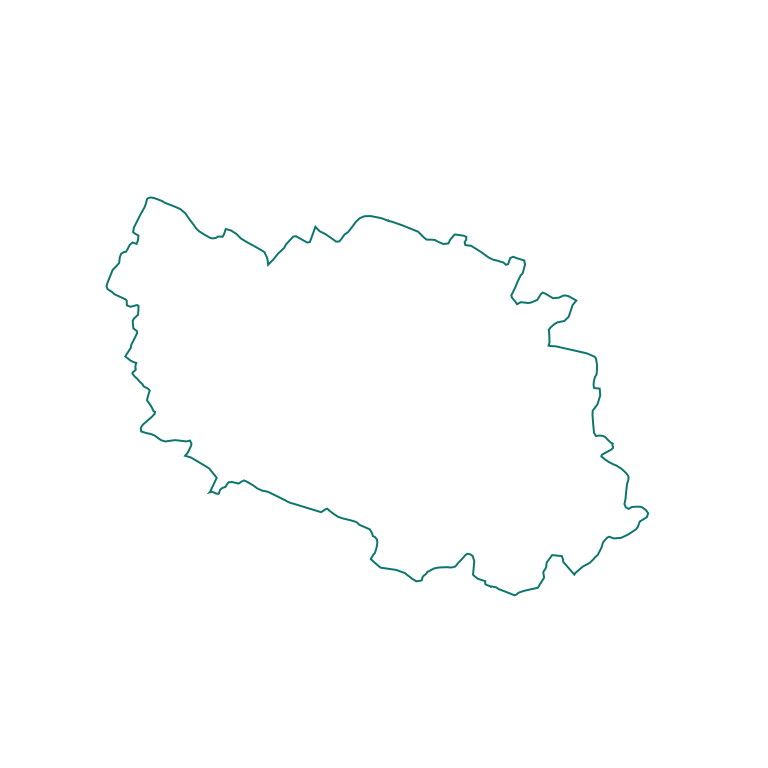 Al Ma'ra, Idlib, Syria (Natural Earth projection), rotated 24°
{"feature_id": "27442178B71280190344240", "entity_name": "Al Ma'ra", "entity_type": "district", "adm_level": 2, "iso_a3": "SYR", "parent_name": "Syria", "parent_adm1": "Idlib", "projection": "natural_earth1", "projection_center": [36.792, 35.566], "detail": "fine", "context": "isolated", "style": "outline", "palette": "teal", "viewbox_px": 768, "rotation_deg": 24, "n_neighbors": 0, "source": "geoboundaries", "source_scale": "gbopen_adm2", "svg_char_len": 6137}
<svg xmlns="http://www.w3.org/2000/svg" viewBox="0 0 768 768"><g transform="rotate(24 384 384)"><path d="M617.2,345.4L615.1,345.3L611.8,344.2L607.7,342.4L604.5,342.5L600.9,343.9L598.8,345.4L595.7,343.1L591.2,335.2L586.9,327.1L585.5,323.4L587.3,315.8L586.2,306.5L582.9,300.5L577.6,302.2L576.1,300.1L574.8,296.9L574.3,294.5L573.9,291.5L574.3,288.9L573.2,285.6L571.1,280.3L569.3,277.5L567.3,274.5L565.2,273.4L556.9,273.5L525.6,279.7L520.8,281.6L518.7,282.0L518.4,279.0L516.1,274.1L514.0,270.0L512.5,267.5L513.2,264.6L515.5,259.6L517.3,257.2L523.1,253.1L525.4,247.5L524.2,235.1L525.8,229.5L516.9,228.7L514.2,229.2L512.1,230.1L508.4,234.2L503.4,236.9L494.5,235.8L492.0,235.9L490.9,237.5L489.8,244.8L485.3,249.7L482.7,251.4L475.7,253.6L473.1,257.0L470.8,255.5L466.0,253.2L464.3,251.4L464.6,242.2L464.4,236.1L464.7,229.1L465.6,226.7L465.2,223.5L464.2,217.2L462.7,215.5L462.0,214.1L453.8,215.1L450.3,215.2L448.1,217.6L448.6,224.1L446.8,225.5L443.8,224.4L441.0,224.9L438.5,225.0L433.4,226.0L428.3,225.9L418.7,223.9L407.2,222.3L404.7,223.2L401.8,224.0L400.0,221.7L400.4,218.6L399.3,216.1L396.5,216.1L387.8,218.6L386.6,222.4L385.8,225.0L385.7,229.4L381.1,232.0L375.5,232.1L372.0,231.7L369.3,232.6L364.1,234.8L361.2,234.0L353.2,231.0L336.5,231.6L325.4,232.5L321.2,233.3L321.1,232.9L320.5,233.2L314.8,233.5L309.0,234.7L303.3,236.1L297.9,238.7L294.3,242.5L292.3,247.6L291.1,253.2L289.4,259.8L287.1,263.6L286.0,269.2L285.1,272.0L282.4,273.4L276.2,272.1L269.6,270.9L263.0,270.6L257.4,268.3L258.3,280.4L258.5,284.6L256.2,286.0L243.4,284.8L241.1,286.3L237.7,296.4L237.5,300.2L234.1,308.2L232.3,315.2L229.6,322.2L228.1,319.4L225.9,316.3L221.2,312.2L217.4,311.6L208.1,310.7L201.2,310.2L194.3,309.3L188.0,306.9L181.8,306.0L176.4,306.8L176.9,312.0L176.7,315.1L174.7,315.8L172.3,316.9L171.0,319.0L168.0,320.8L165.3,321.2L159.4,320.6L152.9,319.7L149.4,318.4L144.8,315.7L138.1,312.0L133.2,308.9L126.6,307.0L120.0,307.1L109.8,307.6L106.8,307.1L98.6,307.6L95.2,308.4L93.2,309.8L92.3,311.4L93.1,316.0L93.4,319.7L92.6,327.9L92.5,329.9L91.9,342.8L93.0,347.3L95.3,347.9L99.3,348.3L100.8,352.7L100.9,356.7L96.7,357.0L95.1,360.4L94.9,365.5L94.4,368.4L92.7,369.3L90.9,371.9L91.1,375.7L92.8,381.1L91.8,384.6L89.7,390.1L89.8,392.0L90.0,398.6L90.3,404.9L90.8,407.6L92.8,409.7L98.4,410.6L101.3,411.6L113.5,411.8L115.1,412.6L117.1,416.7L120.9,416.6L125.2,413.2L126.4,412.3L127.9,412.4L129.7,416.7L131.1,420.9L128.9,426.0L128.8,428.7L132.4,435.1L136.8,436.2L137.8,437.8L137.5,445.4L137.2,451.0L138.0,454.0L136.7,462.0L136.5,464.1L137.8,464.5L139.4,464.8L140.2,465.0L142.8,465.7L143.9,465.8L145.1,465.8L145.7,465.8L146.3,465.8L147.1,465.8L147.8,465.7L148.3,465.6L149.1,465.5L149.3,467.1L149.5,468.1L149.8,469.4L150.1,469.9L150.5,470.4L150.5,470.8L151.2,471.4L151.3,472.5L150.7,473.6L150.6,474.0L149.9,475.2L149.7,476.6L151.0,477.4L152.1,478.0L153.4,478.6L154.4,479.0L156.0,479.4L158.7,480.6L160.6,481.5L163.9,482.6L164.2,483.2L164.8,483.6L165.3,483.9L165.8,483.9L166.8,484.0L167.3,484.1L167.6,484.1L169.4,484.1L171.4,484.6L172.7,485.3L173.2,490.3L174.0,495.2L175.5,496.1L176.9,496.9L180.1,498.9L181.9,500.2L184.5,502.6L186.2,502.6L186.6,504.4L185.2,508.6L180.3,519.1L179.8,521.2L179.8,523.4L181.5,526.1L186.8,525.5L187.8,525.3L191.4,524.5L195.8,524.4L199.9,525.4L203.4,526.0L207.7,525.4L210.2,523.8L213.6,521.7L216.1,520.2L226.9,516.8L229.8,514.6L232.2,516.6L232.9,518.6L232.8,521.6L232.7,526.3L231.5,530.5L232.3,530.4L233.3,530.2L236.3,529.8L237.4,529.7L239.6,529.9L251.5,531.3L253.9,531.6L258.7,532.3L269.3,537.7L269.2,544.2L269.2,546.0L269.1,547.0L269.1,549.0L269.0,552.2L269.0,553.3L268.8,553.9L270.8,552.3L275.0,552.4L277.6,551.6L277.6,550.8L277.4,548.0L277.3,547.1L278.6,544.8L281.1,542.3L281.2,540.3L282.0,537.0L285.2,535.3L289.4,534.5L291.8,534.0L293.7,530.9L295.4,529.0L299.0,529.1L306.3,529.9L310.5,530.9L316.1,531.0L321.0,529.8L323.1,529.7L324.8,529.8L341.0,530.4L342.7,530.7L346.5,530.7L353.8,529.7L378.6,526.7L382.0,521.7L383.0,521.0L385.8,522.0L391.1,523.2L396.4,524.0L400.7,523.6L408.3,522.2L410.4,521.9L414.2,521.4L416.2,521.6L418.8,522.7L421.7,522.6L430.3,522.6L434.0,525.4L435.7,527.5L438.0,527.5L440.8,528.9L442.4,531.5L443.2,534.3L443.9,537.2L444.4,541.9L443.6,544.6L443.1,549.3L449.1,551.3L455.5,553.2L470.0,549.1L470.9,548.8L473.9,548.7L478.4,548.3L480.4,548.3L481.8,548.7L482.7,549.0L485.1,549.5L487.1,549.9L488.8,550.6L490.5,550.6L491.3,550.7L493.7,551.2L494.7,550.4L497.8,548.6L498.4,547.7L497.8,544.9L498.0,543.6L498.7,542.1L499.5,540.9L499.9,539.1L500.1,537.8L501.1,537.0L501.9,535.9L502.7,534.6L503.7,533.5L504.6,532.3L507.8,529.9L510.4,528.5L511.9,527.7L513.2,527.2L514.3,526.5L516.2,525.7L518.5,524.9L519.7,524.4L520.8,523.8L521.2,523.5L522.6,522.3L523.3,521.8L523.6,521.0L524.5,517.5L526.4,512.3L527.8,507.7L529.0,505.3L531.8,504.5L535.0,505.1L538.5,509.1L542.9,522.0L544.0,522.5L547.8,523.5L549.1,523.8L552.4,523.4L555.2,523.1L556.7,522.9L557.1,524.1L557.8,525.5L559.5,525.9L563.0,525.5L564.2,525.9L564.6,525.2L565.1,525.1L569.5,524.1L571.9,524.7L584.7,524.1L586.5,524.1L589.4,523.8L590.8,522.2L591.2,521.2L591.6,520.3L592.1,519.7L592.8,519.0L593.6,518.2L595.2,516.8L596.1,516.0L598.0,514.5L598.5,514.2L600.2,512.9L601.9,511.6L603.7,510.3L604.6,509.7L607.4,507.6L607.6,506.1L607.8,504.8L607.9,503.5L608.2,501.8L608.4,500.3L608.6,498.8L608.9,496.7L609.0,495.8L606.1,491.3L606.1,489.6L606.6,487.3L606.6,485.1L605.9,483.0L605.2,480.9L605.6,479.3L607.2,471.9L611.2,470.6L611.8,470.4L614.4,469.6L616.4,468.9L618.9,471.4L620.1,473.6L635.4,480.7L635.7,478.7L636.3,477.5L639.9,469.9L642.1,467.1L644.8,463.6L646.5,459.2L647.3,456.5L648.8,453.2L649.1,448.0L649.2,444.6L648.5,439.6L650.3,433.7L651.7,432.0L657.0,431.5L663.3,428.0L668.4,422.0L673.3,414.3L674.0,411.4L673.6,405.6L676.0,402.1L678.3,398.7L677.9,394.7L674.7,392.7L670.4,391.7L668.0,391.9L664.3,393.5L660.4,395.6L658.5,398.5L655.0,398.3L652.5,395.9L651.3,390.5L649.9,386.4L648.9,383.4L646.7,376.4L646.2,372.1L645.0,369.1L641.9,367.1L635.2,364.8L629.3,364.0L626.0,364.1L623.2,363.9L621.0,363.8L619.1,363.4L617.2,363.3L614.7,362.4L612.1,361.9L611.9,361.4L611.9,359.9L614.0,357.1L618.3,351.5L619.2,349.4L618.9,348.4L617.4,346.9L617.2,345.4Z" fill="none" stroke="#0f766e" stroke-width="2"/></g></svg>